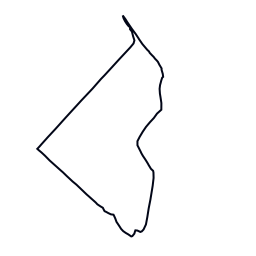 Shat Al-Arab, Al-Basrah, Iraq, rotated 223°
{"feature_id": "34846034B66422309861537", "entity_name": "Shat Al-Arab", "entity_type": "district", "adm_level": 2, "iso_a3": "IRQ", "parent_name": "Iraq", "parent_adm1": "Al-Basrah", "projection": "orthographic", "projection_center": [47.816, 30.719], "detail": "fine", "context": "isolated", "style": "outline", "palette": "ink", "viewbox_px": 256, "rotation_deg": 223, "n_neighbors": 0, "source": "geoboundaries", "source_scale": "gbopen_adm2", "svg_char_len": 1537}
<svg xmlns="http://www.w3.org/2000/svg" viewBox="0 0 256 256"><g transform="rotate(223 128 128)"><path d="M208.6,206.7L206.0,205.2L203.0,204.1L199.8,203.3L196.9,202.9L195.5,203.1L194.8,202.8L194.0,201.7L193.1,201.5L190.9,201.2L186.9,198.6L183.1,196.5L181.6,193.6L181.3,188.5L181.3,175.6L181.3,172.4L181.1,150.5L181.2,145.4L180.8,132.7L180.9,116.1L180.7,94.2L180.6,88.2L180.4,77.5L180.4,67.2L180.2,57.1L180.1,54.3L180.1,50.9L178.2,50.9L174.6,51.1L169.7,51.1L163.1,50.8L148.5,51.1L145.6,51.2L139.9,51.1L132.8,51.1L132.0,51.1L127.2,51.4L113.2,51.2L100.8,51.5L98.4,51.3L94.7,51.9L92.0,52.5L90.2,51.8L88.4,51.2L86.6,51.8L84.5,52.3L81.6,53.2L79.5,54.7L78.1,54.2L75.5,53.1L72.4,51.5L70.2,51.0L67.3,50.3L64.2,49.5L61.1,49.3L59.8,49.5L58.2,49.7L55.2,50.4L51.7,50.9L51.1,51.9L51.3,55.1L52.0,56.4L52.8,58.2L51.2,59.4L48.1,60.4L47.4,61.8L47.4,64.4L49.1,69.7L53.1,76.0L58.1,83.4L62.7,90.8L70.5,102.5L75.2,108.9L79.0,112.8L80.4,113.8L83.4,113.8L88.0,115.1L88.8,115.4L90.9,116.0L93.9,116.8L98.2,117.8L101.1,118.7L102.5,119.3L109.3,121.8L112.1,124.8L113.4,129.4L114.7,135.4L115.6,141.2L115.9,147.2L115.9,152.9L116.6,158.3L116.1,164.1L120.6,169.0L123.1,171.0L125.5,172.9L128.1,174.9L131.6,178.2L133.8,181.2L134.9,183.3L136.0,185.3L137.3,188.1L137.2,189.4L139.5,191.3L143.2,193.5L144.1,194.5L148.0,195.6L151.3,196.8L153.1,197.0L155.5,197.1L157.7,197.5L160.6,197.6L163.5,197.8L164.8,198.3L167.2,198.3L174.7,199.2L180.6,200.5L181.2,200.7L186.5,202.0L192.6,203.1L201.0,205.0L203.9,205.8L208.6,206.7Z" fill="none" stroke="#020617" stroke-width="2"/></g></svg>